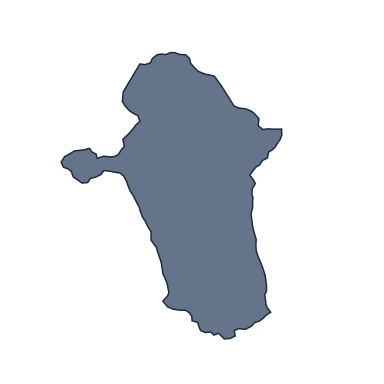 outline of Varre-Sai, Rio de Janeiro, Brazil, rotated 120°
{"feature_id": "56859067B95050923998362", "entity_name": "Varre-Sai", "entity_type": "district", "adm_level": 2, "iso_a3": "BRA", "parent_name": "Brazil", "parent_adm1": "Rio de Janeiro", "projection": "albers", "projection_center": [-41.823, -20.893], "detail": "fine", "context": "isolated", "style": "filled", "palette": "slate", "viewbox_px": 384, "rotation_deg": 120, "n_neighbors": 0, "source": "geoboundaries", "source_scale": "gbopen_adm2", "svg_char_len": 2111}
<svg xmlns="http://www.w3.org/2000/svg" viewBox="0 0 384 384"><g transform="rotate(120 192 192)"><path d="M256.8,63.7L254.8,68.7L252.2,71.9L248.6,74.4L244.8,77.7L240.6,77.9L235.8,80.7L231.6,83.9L227.3,87.3L223.9,91.0L219.6,96.1L215.3,101.9L211.3,106.6L206.3,110.0L201.1,112.6L196.7,117.2L192.2,121.7L186.6,126.0L181.2,130.1L175.2,131.7L170.8,134.3L166.4,136.4L163.4,139.5L158.8,141.4L153.0,141.4L150.5,145.5L148.4,150.4L143.3,149.8L138.5,149.1L134.8,147.0L129.4,146.7L124.8,143.7L119.1,145.7L115.9,143.7L111.9,142.5L106.9,142.3L102.3,141.9L97.9,142.7L92.7,145.9L94.7,149.1L96.9,153.0L99.3,157.7L102.4,161.8L101.5,167.8L94.9,170.8L93.1,176.6L92.3,181.1L93.1,186.9L96.0,193.8L96.5,198.6L94.5,202.3L86.3,217.9L80.5,230.5L81.7,234.7L83.5,240.2L84.4,246.9L83.0,252.5L81.2,257.6L77.7,260.7L76.3,266.0L79.1,271.6L79.9,276.5L81.9,280.2L86.1,283.4L87.7,287.3L90.6,290.9L96.3,293.1L100.8,292.6L105.1,296.2L107.2,301.2L139.6,301.6L143.8,299.7L148.5,297.5L151.0,293.0L153.0,286.6L153.2,281.7L153.0,276.9L156.8,272.5L161.6,274.0L169.0,275.0L174.6,276.3L181.0,278.2L186.2,273.5L192.1,274.4L196.7,274.6L200.4,277.3L202.7,280.6L205.0,286.2L210.3,291.1L207.1,293.9L207.3,298.8L205.5,302.7L209.2,306.3L212.3,310.4L215.3,314.5L219.5,316.6L225.1,320.0L231.5,320.3L234.8,315.6L233.9,310.8L234.7,306.7L238.4,302.2L238.7,296.3L239.3,291.7L235.9,287.0L231.1,286.8L227.3,282.9L222.3,279.5L217.5,279.1L214.9,273.1L213.1,267.5L211.5,264.0L212.4,258.9L215.3,254.3L218.9,250.1L221.9,246.2L224.5,241.1L228.7,234.7L231.3,230.4L234.4,227.3L238.3,222.5L240.9,217.6L244.0,213.1L246.8,207.6L250.5,205.5L254.0,203.6L255.9,199.7L257.7,195.3L261.4,191.4L264.2,188.3L266.6,185.4L269.4,182.6L273.2,179.6L277.6,176.1L280.4,172.0L283.7,167.8L287.9,164.1L291.1,161.5L294.8,161.3L301.1,162.7L303.7,155.6L302.9,149.8L300.7,144.0L297.5,138.2L297.9,134.1L299.7,130.1L303.5,127.5L302.1,121.9L305.3,118.5L307.7,115.3L307.0,110.0L303.9,105.9L304.9,101.4L301.0,98.3L303.1,90.6L299.9,85.9L295.1,82.6L290.9,86.1L286.9,83.1L284.2,77.0L278.2,73.2L274.0,72.6L270.3,69.3L265.8,67.2L261.6,66.2L256.8,63.7Z" fill="#64748b" stroke="#1e293b" stroke-width="1.5"/></g></svg>